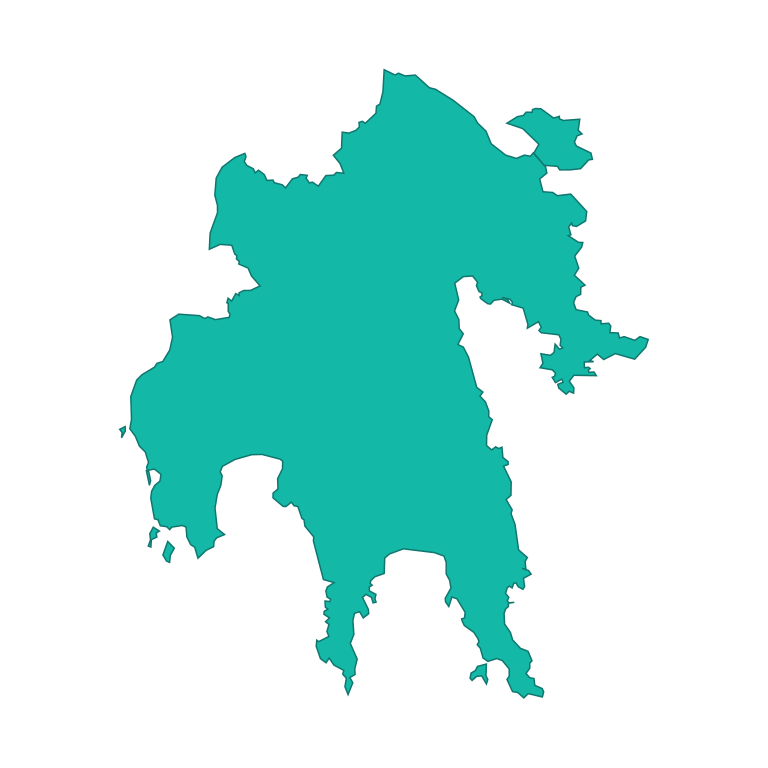 Peloponnisoy, Peloponnisos, Greece, rotated 6°
{"feature_id": "26713481B43531359458460", "entity_name": "Peloponnisoy", "entity_type": "district", "adm_level": 2, "iso_a3": "GRC", "parent_name": "Greece", "parent_adm1": "Peloponnisos", "projection": "equal_earth", "projection_center": [22.613, 37.264], "detail": "fine", "context": "isolated", "style": "filled", "palette": "teal", "viewbox_px": 768, "rotation_deg": 6, "n_neighbors": 0, "source": "geoboundaries", "source_scale": "gbopen_adm2", "svg_char_len": 6160}
<svg xmlns="http://www.w3.org/2000/svg" viewBox="0 0 768 768"><g transform="rotate(6 384 384)"><path d="M164.4,342.6L168.8,359.5L167.4,372.6L161.6,384.8L156.0,387.2L154.1,391.2L142.4,400.0L137.6,406.0L133.5,422.9L136.6,445.6L135.9,455.1L142.2,462.0L147.2,471.3L153.8,476.7L158.0,486.7L156.6,491.5L157.6,494.7L164.6,492.6L171.7,497.2L171.3,504.0L166.6,508.8L164.1,515.0L164.0,521.9L169.8,542.1L173.4,542.6L176.4,548.4L182.7,548.6L186.1,551.2L187.9,548.5L198.2,545.8L202.1,547.0L203.9,556.6L208.5,563.9L212.8,566.1L217.2,576.7L224.6,567.9L231.6,563.6L231.4,558.3L233.6,554.5L241.2,550.4L233.3,545.3L228.9,525.1L229.7,511.3L232.3,502.0L232.7,492.3L230.3,488.5L231.9,482.8L243.7,474.6L259.9,468.1L270.1,466.8L288.5,469.6L291.3,471.4L291.9,478.9L288.1,489.2L289.5,499.4L285.1,504.1L285.5,508.8L296.5,516.3L299.3,516.1L304.2,511.2L307.3,514.5L311.1,514.8L316.4,526.2L318.7,527.5L320.2,533.6L330.1,543.4L330.2,547.5L344.2,584.8L355.2,586.7L348.9,591.8L347.8,595.9L349.7,601.9L353.4,603.6L353.0,606.0L348.0,606.0L349.0,612.1L351.7,613.8L348.3,616.3L348.3,619.3L354.3,622.3L350.7,626.6L354.4,628.8L353.1,636.1L355.6,640.8L346.0,647.0L343.9,645.8L344.0,651.9L349.5,663.8L355.5,667.3L358.1,662.3L363.6,668.8L373.9,673.0L373.3,676.9L377.3,680.5L376.8,689.1L380.7,696.6L384.2,684.4L380.7,679.5L385.6,675.9L384.7,670.3L386.1,660.4L377.6,645.5L380.2,636.2L377.8,622.5L378.6,615.2L383.5,613.0L387.8,618.8L392.8,614.0L392.0,609.8L384.9,598.5L388.1,595.1L393.8,597.5L396.0,602.8L398.9,601.8L397.4,598.4L398.0,594.1L391.1,591.3L390.6,587.3L393.3,585.4L391.1,583.6L391.4,581.0L395.1,576.6L404.0,572.4L402.9,557.0L407.3,552.4L420.5,545.9L451.6,546.4L461.6,548.8L464.5,554.9L465.7,566.3L469.8,572.4L471.9,580.0L467.3,590.8L468.0,594.3L471.7,598.5L473.8,588.8L479.0,590.0L488.6,602.6L488.5,608.3L485.8,609.5L486.6,611.7L489.1,615.8L499.3,621.6L503.8,627.1L505.4,630.1L504.0,633.6L507.4,636.7L511.1,646.1L516.3,649.0L524.8,645.3L530.6,646.7L538.3,654.3L539.1,661.4L537.2,665.0L544.0,676.5L549.2,676.8L555.9,681.6L559.7,676.9L574.2,678.7L575.0,673.6L573.2,670.4L565.5,667.9L563.9,661.2L559.7,660.9L555.5,657.1L558.7,651.4L558.1,646.4L560.1,643.8L555.2,634.8L547.3,632.6L538.7,625.1L535.7,617.9L529.0,610.1L527.4,599.6L528.5,594.9L530.9,592.4L530.8,589.0L536.4,587.5L531.1,588.6L529.3,586.8L530.4,583.1L526.8,579.6L527.8,573.8L529.8,571.9L532.7,573.4L533.9,568.7L536.0,567.9L538.6,571.5L543.6,573.7L545.0,570.8L543.0,562.7L550.2,557.7L547.2,554.4L540.7,552.9L544.5,553.4L542.9,545.8L544.7,541.6L535.2,534.9L529.0,510.0L523.9,499.7L524.6,495.7L517.5,486.1L521.9,481.5L520.7,468.0L511.5,453.2L515.9,451.0L515.5,448.2L509.9,444.6L507.9,434.5L504.9,436.2L501.6,434.8L498.0,438.3L492.4,434.5L491.5,424.1L495.4,408.1L491.6,405.6L491.0,399.8L486.8,391.3L480.7,386.0L483.2,381.7L476.6,377.7L465.2,348.4L459.0,339.0L453.4,337.0L457.6,325.8L453.0,321.0L451.7,312.1L446.5,303.9L449.5,292.6L443.8,276.3L451.7,268.9L460.8,267.3L466.4,273.0L465.7,276.7L468.9,282.2L471.7,283.0L472.2,286.0L470.4,287.5L471.5,289.1L478.8,293.3L481.5,293.4L484.7,289.2L492.5,287.3L500.6,290.5L498.0,287.0L492.5,285.6L500.5,286.5L503.2,289.3L502.8,291.8L514.5,294.0L520.9,309.7L520.7,313.5L531.1,305.9L534.4,311.1L532.5,314.6L535.1,316.6L552.7,316.8L555.3,320.9L555.1,327.1L558.0,329.4L555.0,331.1L550.0,326.5L549.8,334.8L546.5,338.1L536.9,337.5L539.9,346.8L537.5,351.5L549.8,352.3L553.4,355.2L552.8,358.6L550.6,359.8L554.4,364.7L560.3,360.6L562.0,363.6L556.8,366.2L558.3,369.8L566.2,375.1L568.9,371.9L573.5,373.3L573.3,368.0L568.0,361.9L571.9,355.5L594.3,353.5L591.5,350.1L586.6,351.0L585.8,349.0L587.4,347.0L585.4,346.0L581.6,346.9L580.9,341.2L590.2,339.9L586.2,339.1L593.1,332.0L599.9,336.7L610.9,329.6L630.7,333.1L640.4,320.1L642.1,312.1L633.6,310.1L628.9,314.4L617.9,311.8L613.4,313.6L611.6,308.8L603.2,309.3L603.5,302.8L601.2,300.1L593.5,301.4L593.2,298.3L587.4,298.4L580.3,294.1L578.8,291.1L567.3,290.0L564.0,283.2L565.9,277.0L570.2,274.3L569.6,267.2L573.6,264.7L561.9,255.9L565.6,248.5L560.3,236.9L566.2,227.3L566.9,222.5L562.6,222.8L551.7,217.2L554.3,216.1L551.2,208.4L553.8,204.4L554.9,206.8L558.9,207.2L567.4,200.8L567.6,191.3L549.9,175.6L536.7,178.6L531.8,175.9L522.0,176.2L517.4,163.8L523.9,157.2L522.1,151.4L508.3,138.6L505.8,142.2L499.6,141.7L492.1,145.8L481.1,143.7L465.5,133.9L459.0,121.9L449.8,114.7L445.6,108.7L423.1,94.6L404.4,85.5L398.1,84.6L382.9,73.5L372.6,75.4L366.0,73.4L362.6,75.5L351.3,71.4L352.4,93.5L350.7,106.0L347.5,108.5L347.7,115.6L338.1,126.7L335.1,125.0L331.8,126.4L332.6,131.0L329.5,134.7L322.9,138.1L316.1,137.9L317.1,153.9L309.7,161.8L317.3,169.4L322.0,178.6L314.5,178.6L312.4,181.5L304.4,182.8L298.0,194.1L291.6,190.7L288.8,191.9L285.0,187.4L285.9,184.5L278.8,184.4L277.2,187.2L271.5,189.5L265.5,199.3L262.0,196.5L253.8,195.3L252.3,192.8L246.3,193.8L243.0,188.2L236.8,184.5L233.9,187.4L231.5,183.6L224.8,181.0L221.8,177.5L223.0,172.2L221.5,169.2L211.9,174.4L200.3,185.4L195.6,196.7L196.0,213.9L199.7,223.7L200.5,231.1L195.3,252.0L196.2,268.3L206.4,262.3L218.1,261.9L222.0,270.4L224.2,271.6L224.2,275.1L227.2,277.1L227.1,279.9L236.7,282.9L240.9,290.4L250.5,299.4L241.4,304.9L234.6,305.7L230.2,308.6L230.8,311.1L227.1,309.6L223.8,317.5L220.0,315.0L219.2,319.6L220.7,320.1L221.5,328.1L223.6,330.7L223.1,333.9L209.6,337.6L201.9,335.7L198.9,337.6L193.3,335.3L172.6,336.0L164.4,342.6ZM551.0,100.2L534.7,103.2L530.7,101.9L530.4,99.5L524.9,101.8L511.3,93.9L505.8,94.2L503.0,95.6L502.9,98.3L497.0,98.8L494.5,102.4L488.7,104.2L479.0,111.8L495.3,115.5L513.0,129.4L508.9,138.7L520.5,149.8L533.7,149.4L536.4,152.7L547.1,151.5L557.0,149.3L564.2,139.7L567.8,138.8L565.7,132.7L550.4,127.2L548.1,123.4L550.1,117.0L554.8,114.6L550.6,111.3L551.0,100.2ZM515.9,663.4L515.1,651.8L506.5,655.1L504.8,659.5L500.8,662.4L500.4,667.7L502.6,669.6L506.8,665.0L511.7,664.1L517.2,671.6L518.1,667.1L515.9,663.4ZM189.4,583.8L189.4,576.8L192.6,569.2L185.4,563.2L182.0,577.1L186.2,582.8L189.4,583.8ZM176.0,553.8L169.5,550.5L166.7,557.3L168.1,563.3L166.5,569.8L169.2,570.5L168.9,563.1L174.1,560.0L173.1,555.9L176.0,553.8ZM131.6,457.8L131.0,453.4L125.9,456.7L128.6,459.6L128.6,464.9L131.6,457.8ZM161.3,509.3L162.0,504.4L159.0,495.3L156.8,495.2L161.3,509.3Z" fill="#14b8a6" stroke="#0f766e" stroke-width="1.5"/></g></svg>